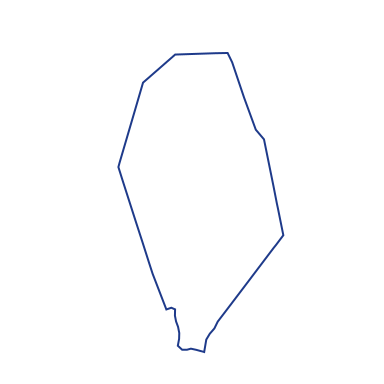 the district of Porteiras, Ceará, Brazil, rotated 36°
{"feature_id": "56859067B96869149355187", "entity_name": "Porteiras", "entity_type": "district", "adm_level": 2, "iso_a3": "BRA", "parent_name": "Brazil", "parent_adm1": "Ceará", "projection": "robinson", "projection_center": [-39.083, -7.546], "detail": "fine", "context": "isolated", "style": "outline", "palette": "blue", "viewbox_px": 384, "rotation_deg": 36, "n_neighbors": 0, "source": "geoboundaries", "source_scale": "gbopen_adm2", "svg_char_len": 672}
<svg xmlns="http://www.w3.org/2000/svg" viewBox="0 0 384 384"><g transform="rotate(36 192 192)"><path d="M148.3,63.5L139.1,58.6L128.8,66.4L97.6,90.7L88.1,132.3L99.1,163.0L116.3,211.2L117.8,215.1L129.0,223.4L164.1,249.1L181.3,261.6L199.4,274.9L208.2,281.3L240.3,302.1L243.3,297.8L247.3,296.9L250.9,302.1L255.2,306.1L260.0,309.3L264.6,313.6L267.9,318.4L270.9,324.7L276.7,325.4L280.7,322.5L283.2,319.4L288.2,317.2L295.9,314.3L290.3,303.0L289.7,296.2L290.3,289.2L289.0,281.7L289.4,265.1L290.0,236.4L290.9,189.5L291.1,185.3L291.3,173.3L271.3,154.9L267.4,151.4L254.4,139.3L219.3,107.1L207.0,104.1L178.6,85.0L148.3,63.5Z" fill="none" stroke="#1e3a8a" stroke-width="2"/></g></svg>